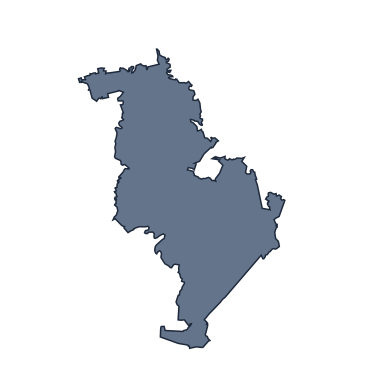 outline of Naranjos Amatlán, Veracruz, Mexico, rotated 249°
{"feature_id": "50627088B32866858963160", "entity_name": "Naranjos Amatlán", "entity_type": "district", "adm_level": 2, "iso_a3": "MEX", "parent_name": "Mexico", "parent_adm1": "Veracruz", "projection": "albers", "projection_center": [-97.672, 21.308], "detail": "fine", "context": "isolated", "style": "filled", "palette": "slate", "viewbox_px": 384, "rotation_deg": 249, "n_neighbors": 0, "source": "geoboundaries", "source_scale": "gbopen_adm2", "svg_char_len": 6123}
<svg xmlns="http://www.w3.org/2000/svg" viewBox="0 0 384 384"><g transform="rotate(249 192 192)"><path d="M334.7,126.4L334.7,128.5L334.0,128.0L333.7,129.3L330.4,133.2L326.2,133.4L325.2,133.0L324.0,131.3L324.4,132.9L324.0,133.3L315.4,132.4L310.9,135.5L312.8,138.3L312.9,139.1L311.7,140.3L313.1,141.9L312.8,142.3L311.2,142.0L310.3,148.0L314.0,148.5L312.6,159.8L313.0,160.1L309.7,163.7L306.9,159.3L306.2,156.4L305.4,155.9L303.5,155.7L301.9,160.0L301.2,160.3L299.2,159.4L298.5,158.5L299.0,156.4L290.4,156.3L290.5,155.3L287.8,154.1L286.6,153.0L284.2,154.1L283.9,153.9L283.8,149.9L282.5,148.3L280.2,148.1L277.7,149.7L276.7,149.5L276.8,148.0L279.4,144.7L279.3,143.7L278.7,143.0L274.0,143.2L269.6,140.6L266.9,138.3L264.4,138.2L261.3,136.0L257.0,135.1L252.6,132.3L250.8,132.7L247.1,136.4L246.0,136.6L243.4,135.8L242.4,136.3L241.9,136.8L241.7,139.2L237.3,141.6L236.2,141.5L237.7,138.0L237.4,137.2L235.3,134.8L232.3,129.0L231.3,128.8L230.9,129.2L231.2,130.1L230.5,130.6L229.4,126.5L228.3,126.3L228.3,127.5L227.6,127.4L226.2,124.9L223.2,123.6L223.5,121.9L222.9,121.5L222.1,121.9L220.3,121.7L219.9,121.0L220.2,119.8L219.0,119.8L218.1,120.7L216.2,120.2L214.7,120.4L214.3,119.9L214.7,118.4L213.6,117.4L212.1,117.4L211.9,117.8L212.6,118.5L211.9,118.7L210.2,117.5L208.2,116.9L208.3,115.7L207.6,115.1L204.7,116.6L201.1,116.0L197.3,112.8L196.7,110.7L194.3,108.3L194.6,110.7L185.7,114.5L183.8,116.6L182.9,115.6L177.0,117.7L177.6,120.8L177.8,124.0L178.4,124.2L178.3,125.1L178.7,125.9L178.5,130.4L176.3,135.7L175.8,138.6L174.2,139.1L172.7,138.2L172.3,137.3L172.6,134.7L171.2,133.2L170.1,133.5L169.2,135.2L169.9,137.6L168.6,141.1L166.6,141.8L163.9,140.5L162.5,140.3L161.9,140.9L161.9,143.2L162.8,146.0L163.2,149.6L163.0,150.4L161.4,151.3L158.4,149.2L158.3,147.5L155.3,139.8L154.2,138.2L151.3,136.4L149.6,136.2L147.9,136.2L146.9,136.9L147.8,137.9L148.9,140.4L147.6,141.5L145.1,141.3L142.2,139.6L141.2,139.7L134.7,141.0L131.5,143.7L129.3,144.6L128.6,145.8L130.7,148.7L130.6,150.4L128.6,153.9L125.8,152.3L122.9,151.5L122.0,150.2L120.3,151.2L116.1,150.7L114.4,151.7L112.3,150.3L110.6,152.5L109.4,152.2L106.8,148.8L104.5,147.3L104.3,146.1L103.3,144.9L100.3,143.2L100.5,142.1L95.7,138.2L94.9,137.7L92.0,137.8L90.1,138.9L77.6,133.2L76.2,135.9L75.4,139.0L68.4,141.0L68.5,142.1L69.6,143.1L69.3,144.2L67.9,142.7L66.6,139.6L65.7,138.9L65.3,137.3L65.6,134.3L65.1,133.5L72.3,117.3L76.5,117.8L77.4,115.5L77.3,114.8L75.2,113.6L68.0,110.5L55.6,124.9L50.5,133.4L49.4,133.3L48.9,134.3L46.9,133.8L45.9,140.6L43.4,145.3L43.1,146.6L47.3,154.6L46.4,155.8L49.2,154.5L51.6,154.5L52.9,153.3L54.0,153.3L61.5,158.7L62.5,158.8L63.2,158.0L63.7,158.4L63.4,159.4L64.8,159.3L68.3,157.7L72.1,164.3L78.7,178.5L81.0,182.4L81.7,184.8L108.2,233.9L104.1,234.3L104.0,235.2L105.3,237.1L106.7,237.9L106.6,239.9L108.4,242.6L108.4,243.6L109.8,246.0L110.0,247.7L108.9,249.2L108.8,250.7L109.8,254.0L113.8,254.8L115.4,254.8L118.4,253.4L122.3,254.2L124.6,254.8L126.8,256.4L128.6,258.1L128.7,259.0L129.7,259.3L130.5,258.5L130.8,259.8L131.3,259.9L132.1,258.9L136.7,258.6L137.6,261.1L137.9,264.5L150.9,275.7L152.1,274.8L152.0,273.1L153.9,272.3L155.6,273.8L158.0,272.2L157.8,270.2L158.1,269.4L160.4,269.9L160.7,267.6L163.4,265.4L163.8,263.5L163.6,262.8L160.7,261.8L160.4,259.9L158.9,258.2L157.9,259.2L156.8,259.4L156.3,260.5L155.0,259.9L154.9,258.9L154.1,258.2L151.4,258.3L150.0,259.2L149.3,258.6L147.4,258.5L151.6,251.7L175.1,255.5L180.8,255.7L180.8,257.0L185.7,257.1L187.9,257.7L188.9,256.7L191.0,256.6L191.7,255.2L190.6,253.8L189.2,254.0L188.1,252.8L188.9,250.0L190.9,248.9L196.4,252.3L202.7,249.4L205.5,253.2L205.6,250.4L207.6,246.2L207.1,243.5L207.8,242.4L207.6,240.9L209.7,238.9L208.9,237.4L209.2,236.3L211.3,234.6L213.4,235.7L213.6,230.5L215.0,228.6L214.8,228.0L215.4,227.7L215.4,227.1L216.8,227.2L215.1,227.0L215.2,226.3L216.6,226.1L215.9,222.7L212.0,229.3L211.2,228.0L206.0,230.4L199.6,224.5L196.1,218.8L195.0,218.0L193.6,218.0L195.1,216.3L195.4,214.8L198.4,213.9L199.7,212.7L199.9,208.8L200.6,207.5L200.7,205.3L202.8,203.3L203.9,203.1L206.6,200.1L207.6,200.5L209.9,200.3L210.6,200.9L214.4,195.6L216.1,197.4L214.0,200.7L212.0,202.1L216.5,205.8L217.4,205.8L217.9,204.9L218.0,210.2L223.2,216.8L226.8,225.6L226.8,226.2L226.2,226.1L226.1,227.5L229.1,231.8L229.7,231.9L230.3,234.9L234.3,232.8L234.8,230.4L235.9,229.9L236.0,229.2L233.7,228.9L232.5,227.5L236.6,225.7L238.0,223.3L244.2,223.8L244.5,223.2L247.2,223.1L246.8,221.1L247.0,219.0L251.4,220.0L256.5,217.7L257.8,216.1L260.2,216.5L259.9,217.4L258.1,219.7L257.4,219.8L255.8,222.7L252.7,223.3L251.0,224.5L250.7,225.4L251.3,225.8L253.3,225.4L255.0,227.5L256.4,227.9L257.6,226.1L259.0,226.2L260.1,227.3L261.8,227.2L263.6,229.4L265.8,229.5L272.2,231.2L276.5,230.8L276.1,229.1L276.3,227.9L277.5,225.8L280.6,227.2L282.1,229.7L284.6,230.0L286.0,229.9L288.2,226.4L289.2,226.0L290.3,226.3L291.7,227.5L290.8,229.2L291.7,230.3L292.6,229.6L296.4,228.4L295.6,225.2L296.7,224.4L298.6,219.2L302.8,218.1L303.3,217.3L302.7,216.9L303.5,215.1L306.2,211.4L307.3,211.3L307.5,212.0L306.5,215.4L307.4,215.4L309.0,213.7L310.2,211.5L312.5,211.0L313.0,211.5L312.8,212.4L311.6,214.1L313.1,215.9L313.8,214.2L313.6,213.0L314.2,212.4L315.0,212.3L315.6,212.7L316.5,216.5L319.1,217.2L322.0,214.4L322.4,214.5L322.9,215.0L322.6,217.0L324.3,218.3L325.4,217.7L324.8,216.3L325.2,214.8L327.2,215.1L329.1,212.8L331.1,211.3L331.8,211.0L335.3,211.7L337.9,210.7L338.1,210.1L331.1,209.0L327.4,206.9L323.1,207.1L324.6,195.4L322.6,194.3L322.6,193.7L326.4,194.3L327.0,192.1L329.2,190.1L330.0,190.1L330.0,185.2L327.2,183.5L325.9,182.0L324.6,179.9L324.8,178.4L327.7,180.1L328.6,182.1L330.0,182.3L330.8,180.6L330.7,180.1L329.9,179.8L330.1,177.6L328.5,176.5L328.1,176.5L328.1,177.6L327.6,177.5L327.2,177.0L327.2,175.4L328.8,174.8L331.5,172.7L332.4,171.9L332.6,170.4L333.5,169.9L333.5,169.3L332.3,168.3L331.3,168.5L330.7,168.1L330.6,167.1L332.8,157.6L333.6,154.8L334.2,154.5L332.6,153.3L335.8,155.1L336.8,152.8L337.8,153.2L338.9,154.5L340.3,151.8L340.9,148.2L336.5,147.5L336.8,144.4L337.8,144.5L338.4,142.3L338.2,140.6L339.0,139.3L337.5,138.5L338.0,136.2L338.0,132.8L335.1,132.9L336.2,129.3L338.3,129.4L338.4,126.6L334.7,126.4Z" fill="#64748b" stroke="#1e293b" stroke-width="1.5"/></g></svg>